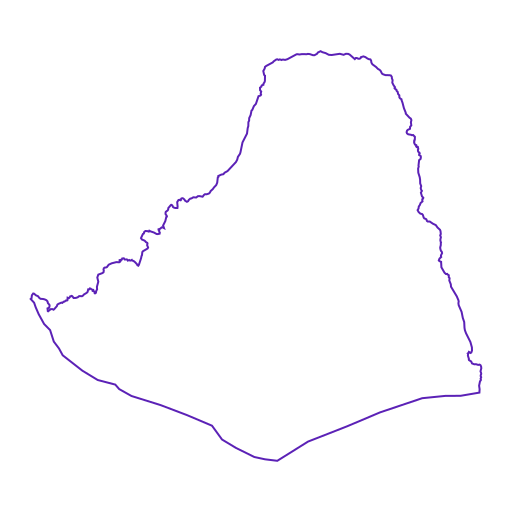 the district of North Ambrym, Malampa, Vanuatu
{"feature_id": "77236927B87914906430322", "entity_name": "North Ambrym", "entity_type": "district", "adm_level": 2, "iso_a3": "VUT", "parent_name": "Vanuatu", "parent_adm1": "Malampa", "projection": "orthographic", "projection_center": [168.138, -16.178], "detail": "fine", "context": "isolated", "style": "outline", "palette": "violet", "viewbox_px": 512, "rotation_deg": 0, "n_neighbors": 0, "source": "geoboundaries", "source_scale": "gbopen_adm2", "svg_char_len": 5953}
<svg xmlns="http://www.w3.org/2000/svg" viewBox="0 0 512 512"><path d="M479.4,392.6L479.6,389.2L479.1,385.7L480.0,381.3L480.8,380.3L480.9,379.6L480.6,378.7L481.2,377.2L480.7,376.2L480.7,375.2L481.1,374.3L481.2,373.4L480.5,371.3L481.3,368.2L481.1,366.5L480.5,365.2L479.6,364.6L478.2,364.9L476.0,364.2L474.3,364.3L472.0,363.4L471.2,361.5L469.0,360.1L468.8,359.4L468.9,358.9L467.9,355.6L468.1,353.8L468.9,351.9L469.4,352.2L469.0,352.5L469.6,352.5L470.5,353.0L471.3,352.5L472.0,350.5L471.9,347.4L470.4,342.0L466.0,333.2L464.9,330.2L464.5,327.9L464.2,322.0L462.8,317.9L461.6,311.9L458.7,305.2L458.4,303.1L458.7,301.6L458.4,300.2L456.8,296.4L451.0,286.7L450.8,284.3L449.3,280.5L449.6,278.2L448.8,277.3L448.8,275.3L448.6,275.0L447.5,274.5L447.2,273.9L445.9,274.0L444.5,272.7L441.4,267.3L441.1,261.8L439.4,261.1L438.8,260.4L439.5,258.6L441.2,257.0L440.9,256.2L441.0,255.3L442.1,253.1L441.7,251.6L440.9,250.8L440.3,248.7L440.2,247.4L440.8,245.1L440.8,242.9L441.0,242.6L440.4,240.7L440.4,239.3L440.9,237.2L440.2,235.3L440.8,234.0L440.5,231.1L440.0,229.8L437.5,227.5L435.8,225.1L432.9,223.7L429.7,221.5L427.7,221.5L426.9,220.9L426.4,219.4L425.9,219.0L424.3,218.4L423.7,217.6L422.9,215.0L422.2,214.1L420.3,213.6L418.6,212.0L417.6,210.1L418.5,208.6L418.8,206.5L419.8,205.1L420.6,203.0L422.5,201.4L422.2,199.9L422.5,198.9L423.1,198.6L423.3,197.7L422.0,196.4L420.9,192.7L421.9,190.9L421.2,189.9L420.7,188.1L421.2,186.1L420.2,183.5L420.1,179.8L419.7,177.2L418.3,172.7L418.2,170.5L418.1,168.7L418.7,166.5L418.5,165.6L419.1,160.2L420.6,158.9L420.9,157.0L420.6,155.9L419.1,155.0L419.2,154.1L419.7,153.4L419.4,152.6L418.7,152.3L418.0,151.1L417.9,149.8L418.3,149.0L417.8,146.8L417.3,146.6L416.6,147.0L416.1,146.3L416.2,145.1L415.0,144.6L414.1,142.7L414.4,141.9L414.1,141.3L414.3,140.2L414.8,139.9L414.9,136.8L413.1,135.0L411.9,135.2L411.1,134.8L408.2,134.3L407.0,133.4L406.6,132.2L407.0,130.7L407.7,129.9L410.0,128.8L410.1,126.8L411.3,125.4L410.9,122.3L411.4,120.1L410.8,118.6L409.5,117.7L405.8,113.7L405.7,112.6L403.9,108.1L402.5,102.7L401.6,100.3L401.5,99.3L400.0,98.3L399.4,97.4L399.3,95.3L398.1,94.0L397.6,91.7L396.8,91.1L396.4,90.3L396.4,89.7L395.0,88.8L394.5,88.1L395.0,87.2L393.6,85.3L392.3,82.7L392.6,80.1L391.9,78.4L391.8,76.9L390.9,75.5L389.5,75.2L385.4,75.1L383.1,74.3L382.0,73.6L380.5,70.7L379.5,69.8L377.8,68.8L376.2,67.1L372.4,64.3L371.4,62.6L371.1,60.6L370.4,59.4L368.9,59.2L367.4,58.5L365.4,57.1L363.4,56.4L360.9,57.2L360.7,58.0L360.1,58.5L359.0,58.8L358.0,58.6L356.8,58.0L355.8,58.0L354.8,59.1L349.7,54.6L348.2,53.9L345.9,53.8L343.6,54.8L339.8,53.8L331.7,55.0L328.8,54.8L325.6,53.1L322.4,52.2L320.6,51.2L317.9,52.5L317.0,53.8L314.5,55.2L313.0,55.2L309.8,54.1L307.8,53.9L306.8,54.2L302.0,54.1L299.4,54.5L297.6,54.2L296.5,54.3L287.4,59.2L285.1,59.9L283.3,59.6L282.0,59.7L281.6,60.0L279.8,59.4L278.6,59.9L277.3,59.3L276.3,59.5L273.6,61.4L272.8,62.4L266.3,65.9L265.0,66.9L264.7,68.5L263.3,71.0L264.0,74.3L264.4,75.3L265.0,75.7L264.9,80.9L264.5,82.2L263.5,83.6L263.4,84.8L262.1,85.2L261.6,85.6L261.4,86.6L260.0,87.7L260.1,90.3L261.2,91.5L260.7,93.5L261.1,94.7L260.5,95.5L258.5,96.2L255.9,103.9L253.9,106.1L252.3,109.9L251.5,110.6L250.6,115.1L249.2,118.1L249.1,120.7L248.4,122.1L248.3,126.1L247.7,128.1L247.0,133.6L242.5,142.4L240.5,152.1L240.0,153.8L237.9,156.9L237.2,159.7L235.9,162.1L227.5,171.1L224.6,172.7L223.4,174.2L221.3,174.6L218.3,176.0L218.4,176.9L217.8,177.4L217.2,182.7L216.2,185.1L214.0,187.4L212.8,189.1L210.7,191.0L209.8,192.7L208.8,193.6L206.5,194.3L205.0,194.2L204.0,194.9L202.6,196.7L199.5,196.1L197.9,196.2L196.2,197.5L193.3,197.3L191.5,198.4L190.3,198.6L188.8,199.9L188.1,201.2L186.9,201.8L185.0,200.6L184.5,199.6L183.1,198.4L182.3,198.2L181.4,198.5L181.0,199.1L180.8,200.2L180.3,200.3L179.5,199.8L178.5,200.0L177.2,202.1L177.6,206.5L177.4,208.0L175.3,208.0L173.9,207.6L172.9,206.9L172.6,205.9L171.8,205.0L171.2,204.8L170.8,205.1L168.3,208.1L168.2,209.4L167.7,210.4L165.8,211.8L165.5,213.0L165.6,214.2L166.7,215.7L166.9,216.6L166.3,216.9L165.3,221.1L163.1,225.5L164.0,228.1L162.6,227.4L161.6,227.4L160.4,228.6L158.5,229.3L158.6,230.0L159.2,230.3L159.2,231.7L159.8,232.5L159.6,233.7L157.7,234.1L156.6,234.0L153.9,232.5L150.6,231.4L149.3,230.7L148.8,231.6L147.3,231.1L145.4,231.0L144.2,232.0L143.8,233.5L142.9,234.0L141.0,238.1L141.9,239.5L144.5,240.6L145.3,241.3L145.8,242.0L147.3,242.9L147.5,243.6L147.1,245.1L148.1,247.5L147.6,248.5L143.0,251.2L142.3,252.1L142.0,255.1L141.5,256.1L141.1,258.1L138.9,264.8L138.3,265.7L137.4,265.2L137.2,264.5L135.1,262.2L133.6,261.0L132.1,260.5L131.8,259.9L130.7,260.5L129.9,260.5L129.2,260.0L127.8,260.6L127.2,259.6L126.7,259.4L124.7,259.5L123.8,258.3L122.2,258.5L121.8,259.6L119.6,260.1L119.6,260.5L120.6,260.9L120.1,261.7L119.1,262.3L116.4,262.1L111.7,263.3L108.7,264.7L106.9,267.1L105.9,267.5L104.6,267.6L103.8,268.3L103.5,269.6L103.8,270.6L103.5,272.3L102.4,273.1L98.3,274.6L97.3,277.5L98.3,281.7L96.9,286.9L97.1,289.4L96.3,290.7L95.9,292.8L95.0,293.4L94.6,293.1L94.5,291.9L94.1,291.3L92.8,291.0L93.1,289.8L91.6,289.5L90.6,288.6L89.9,288.4L89.3,289.3L88.2,289.3L87.6,291.9L86.6,292.9L83.9,294.5L83.1,295.5L82.0,296.2L79.2,296.1L77.7,297.3L75.9,297.9L73.6,298.0L72.3,296.2L71.5,295.9L70.8,296.4L70.3,296.3L69.4,297.7L68.8,298.2L67.6,297.7L67.4,300.3L66.7,300.6L65.9,300.5L64.4,301.7L63.6,301.7L62.3,302.9L61.4,302.6L58.4,303.9L57.4,304.6L56.9,306.1L54.1,309.3L53.5,309.7L52.5,309.1L50.8,309.1L48.1,311.3L47.8,311.1L47.5,308.4L49.1,307.7L49.6,305.9L49.4,304.8L47.9,303.1L47.5,301.4L46.4,300.2L44.7,299.4L43.1,299.0L40.5,298.8L39.3,297.9L38.0,296.2L35.9,295.3L34.1,293.7L33.2,293.5L32.4,294.6L31.9,295.3L31.5,298.3L30.7,299.0L34.1,302.7L35.7,307.3L38.7,314.2L44.1,324.0L50.1,330.1L53.8,341.6L59.0,348.5L62.7,355.3L82.4,370.7L97.7,380.0L115.3,384.6L119.2,389.1L131.5,396.0L160.6,405.1L186.7,415.0L212.0,425.7L222.0,439.5L235.9,447.9L254.3,457.0L265.0,459.3L277.3,460.8L308.0,441.6L347.1,426.3L380.0,412.4L422.2,398.2L445.2,395.9L460.6,395.8L479.4,392.6Z" fill="none" stroke="#5b21b6" stroke-width="2"/></svg>